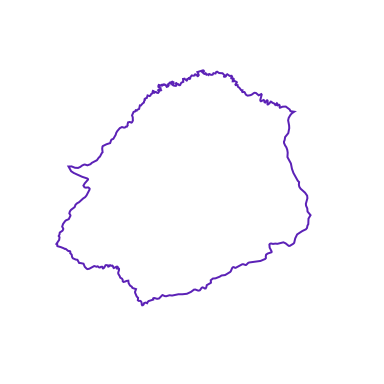 San Pablo De Borbur, Boyacá, Colombia, rotated 39°
{"feature_id": "7082276B11762089183397", "entity_name": "San Pablo De Borbur", "entity_type": "district", "adm_level": 2, "iso_a3": "COL", "parent_name": "Colombia", "parent_adm1": "Boyacá", "projection": "mercator", "projection_center": [-74.122, 5.678], "detail": "fine", "context": "isolated", "style": "outline", "palette": "violet", "viewbox_px": 384, "rotation_deg": 39, "n_neighbors": 0, "source": "geoboundaries", "source_scale": "gbopen_adm2", "svg_char_len": 5968}
<svg xmlns="http://www.w3.org/2000/svg" viewBox="0 0 384 384"><g transform="rotate(39 192 192)"><path d="M270.0,235.7L272.0,230.1L272.0,229.1L271.1,226.0L271.1,224.9L271.7,224.1L273.3,223.8L273.7,223.3L276.5,216.6L277.2,215.9L279.6,215.0L280.0,214.5L280.3,211.7L280.8,210.8L288.6,202.5L291.0,198.0L291.0,196.8L289.9,195.7L289.0,194.0L289.6,192.1L291.7,188.8L291.3,188.1L287.4,186.4L285.2,184.1L285.2,183.2L285.8,182.3L287.6,181.4L289.2,179.7L291.0,178.5L294.7,173.6L297.0,173.0L301.0,173.0L301.6,172.6L301.9,172.3L303.3,168.4L303.4,167.2L301.4,163.1L300.4,158.8L302.3,152.9L304.0,149.3L304.0,147.6L302.9,145.5L302.6,143.8L299.3,139.4L298.7,135.4L294.1,134.5L291.9,132.2L289.3,130.9L287.9,129.5L285.6,124.2L283.8,122.4L280.3,121.4L274.3,121.1L272.1,120.4L270.4,119.0L269.0,116.9L267.1,116.7L258.9,113.4L255.1,111.1L250.9,107.6L244.2,104.8L241.6,101.2L239.5,99.3L237.2,97.9L235.0,97.2L232.7,96.0L231.8,95.0L231.3,93.3L229.8,90.7L229.8,85.7L227.4,81.2L225.6,79.2L221.6,75.8L220.5,73.5L220.0,70.2L220.1,67.9L220.9,65.3L217.7,67.2L215.9,66.4L211.1,66.6L208.8,68.6L207.3,71.2L206.9,71.1L205.7,69.6L205.3,69.4L204.9,69.4L204.1,70.8L203.5,71.0L202.8,69.7L202.1,69.6L201.9,71.9L200.2,71.5L198.1,72.1L197.0,71.9L196.3,72.2L196.4,74.5L195.9,76.3L195.6,76.4L195.1,76.0L194.1,74.4L193.2,73.4L192.7,73.4L192.5,73.7L192.6,76.4L191.9,76.6L190.6,75.5L189.8,75.4L188.5,78.1L187.9,78.1L187.2,77.6L184.9,72.5L184.2,72.3L183.0,74.9L179.5,74.8L178.3,75.4L177.8,76.2L177.1,78.9L176.3,80.2L174.6,82.1L173.7,82.3L172.5,82.4L170.3,81.4L169.7,81.4L168.3,82.6L167.8,82.5L167.2,81.2L165.9,81.9L163.3,81.2L161.4,81.3L160.1,80.2L158.7,81.4L158.1,81.1L158.0,78.9L157.8,78.5L157.3,78.4L155.9,78.9L154.9,78.8L154.4,80.1L154.0,80.4L153.0,78.9L153.3,78.1L153.1,77.8L152.3,77.9L151.2,78.9L150.7,78.8L150.4,77.0L149.6,76.8L148.2,78.1L145.3,78.3L145.0,79.3L145.5,80.7L145.4,81.3L144.5,82.2L144.2,82.1L144.1,80.9L141.0,80.5L138.2,82.5L135.8,82.7L135.3,83.5L135.7,85.1L133.9,86.2L134.2,87.7L133.9,88.2L133.0,89.0L131.2,89.4L131.0,89.8L131.2,90.6L130.3,90.6L129.6,91.7L129.1,91.8L128.2,91.1L127.8,91.1L127.4,92.4L127.1,92.5L124.6,92.4L124.6,92.2L125.3,91.3L125.3,90.5L124.4,90.3L124.0,90.5L120.7,95.4L123.1,96.5L123.7,97.0L123.7,98.2L123.4,98.5L122.2,98.1L120.6,98.4L120.3,98.8L120.7,99.8L119.6,101.0L118.5,101.5L118.4,103.6L119.2,105.1L119.0,105.5L118.2,105.1L117.8,105.4L118.0,106.3L117.3,106.9L117.2,107.3L117.8,108.1L117.8,108.7L115.6,108.8L114.9,108.6L113.9,109.8L115.9,111.9L115.0,113.6L115.0,114.7L115.5,116.2L115.3,116.7L114.7,117.1L113.3,116.9L112.5,117.4L111.3,117.2L111.1,117.6L112.8,119.0L112.7,119.7L111.1,120.7L110.0,121.0L109.6,120.9L109.5,119.3L108.7,119.2L108.5,118.4L107.3,118.6L107.1,118.9L107.5,120.9L106.9,120.6L106.6,120.0L105.8,121.1L106.0,122.1L105.6,123.3L106.7,123.7L106.9,124.7L105.8,125.1L106.4,125.9L106.2,126.2L103.9,125.4L103.0,126.3L102.4,126.0L101.9,126.8L102.0,127.9L101.8,128.2L101.0,127.8L100.5,128.9L98.8,129.7L98.9,130.1L100.4,130.3L100.5,130.6L99.7,131.3L100.1,131.6L102.3,131.1L102.5,131.9L103.9,132.3L103.8,132.8L103.2,133.2L101.7,133.7L101.6,134.2L102.9,134.5L103.3,135.0L103.3,136.4L102.4,136.9L100.9,137.0L100.4,137.4L100.3,138.6L99.9,139.0L99.2,139.0L98.5,137.8L98.0,138.0L98.5,139.3L98.9,139.8L99.0,140.8L98.6,141.7L99.0,143.4L98.6,144.2L96.7,144.9L97.7,147.5L96.9,148.5L96.7,149.7L97.0,150.1L97.5,150.2L97.7,151.8L98.3,152.7L97.9,154.4L97.8,157.0L97.0,157.5L98.6,160.7L97.7,162.7L97.8,163.6L96.8,163.9L97.1,165.2L96.2,166.5L97.2,170.2L98.9,171.2L101.1,173.7L101.5,175.6L101.2,176.3L99.6,176.7L98.5,178.1L99.4,180.1L100.1,180.7L100.2,182.3L99.6,182.6L99.3,184.1L98.6,184.8L96.7,185.6L95.7,187.8L95.6,191.7L95.9,193.7L96.7,195.6L97.4,200.2L96.5,201.9L96.6,202.8L97.6,205.5L95.5,208.7L93.8,212.4L93.8,212.9L94.9,214.8L97.5,217.4L97.4,218.5L98.2,222.5L97.9,223.8L98.1,227.1L95.8,232.4L95.6,234.3L93.9,237.1L91.4,238.1L90.7,239.0L89.9,240.7L89.4,242.8L88.3,245.0L85.8,246.8L82.3,247.9L80.0,249.9L85.0,251.9L88.3,251.6L97.1,249.3L102.1,247.4L103.0,247.4L103.4,247.8L103.2,252.8L103.6,255.4L105.5,256.0L106.7,255.5L108.4,253.8L109.2,253.7L110.3,253.8L110.9,254.7L112.2,261.1L112.2,263.3L111.5,265.4L110.6,271.2L109.8,273.0L109.5,275.2L110.3,277.6L109.2,282.0L109.3,283.9L110.1,285.8L112.2,286.6L112.5,287.0L113.3,290.7L111.9,293.3L111.7,294.6L111.9,298.0L112.9,300.6L115.0,301.5L115.5,302.3L115.7,303.6L114.8,306.6L114.9,307.1L115.8,308.4L116.1,310.1L117.5,310.5L118.9,312.8L119.3,317.6L120.0,317.3L121.2,318.7L121.7,318.7L124.7,317.4L127.9,316.4L128.7,316.4L129.6,315.7L133.1,315.7L134.2,314.8L135.3,315.2L135.9,316.2L137.9,316.4L139.6,317.9L141.1,318.5L144.1,317.7L145.6,316.8L149.0,318.2L150.2,317.3L152.8,316.0L155.7,317.6L158.5,317.9L159.4,317.6L160.5,316.2L162.6,311.1L164.9,310.1L165.5,309.1L167.1,309.1L167.6,308.9L168.0,308.5L168.3,307.5L169.2,306.6L169.7,306.6L170.7,307.5L171.0,307.4L171.4,306.1L170.9,303.3L171.3,302.8L172.9,301.9L173.2,302.4L173.9,302.7L174.4,301.8L174.4,300.4L175.7,300.2L176.2,299.4L177.2,299.4L178.4,300.2L179.1,300.3L180.3,297.6L180.7,297.1L181.4,297.0L181.7,297.2L181.7,298.6L182.1,298.7L182.7,297.5L183.6,297.6L184.4,298.6L185.4,301.1L186.1,301.9L188.8,302.9L190.1,303.7L192.2,303.4L193.4,303.9L194.4,305.0L195.4,305.0L196.5,303.5L197.0,302.4L198.3,301.0L200.1,302.7L202.7,303.7L204.8,303.5L205.8,304.0L206.5,303.9L209.6,302.7L210.6,305.5L211.2,306.1L214.8,308.0L216.7,308.2L218.0,310.2L219.0,310.2L220.5,309.1L221.6,309.2L222.9,310.1L223.8,311.1L224.6,311.4L225.0,311.0L225.2,309.9L224.7,308.4L225.6,307.1L227.1,306.7L226.8,305.2L226.9,304.1L229.6,300.0L228.8,299.2L228.8,298.8L229.6,298.0L232.1,297.0L233.4,295.5L233.8,291.0L234.0,290.6L236.2,290.1L237.5,289.3L239.5,286.4L241.7,285.0L245.9,279.9L248.8,277.6L252.1,274.3L254.1,270.2L255.0,266.6L256.0,265.7L258.7,264.8L259.4,264.3L260.0,263.3L259.8,260.5L260.1,259.6L261.2,259.1L262.6,259.0L263.3,258.4L263.1,257.1L262.1,255.1L263.8,250.8L263.7,250.4L262.1,248.8L262.7,246.1L264.6,244.3L266.8,240.4L267.5,238.3L270.0,235.7Z" fill="none" stroke="#5b21b6" stroke-width="2"/></g></svg>